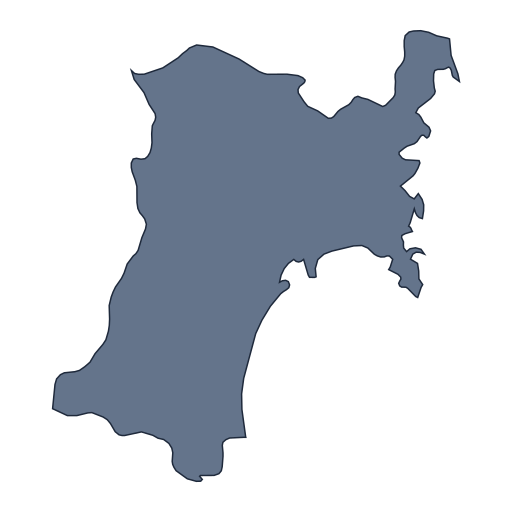 SVG path tracing the border of Miyagi
{"feature_id": "JPN-1866", "entity_name": "Miyagi", "entity_type": "Prefecture", "adm_level": 1, "iso_a3": "JPN", "parent_name": "Japan", "parent_adm1": "", "projection": "albers", "projection_center": [141.11, 38.38], "detail": "fine", "context": "isolated", "style": "filled", "palette": "slate", "viewbox_px": 512, "rotation_deg": 0, "n_neighbors": 0, "source": "natural_earth", "source_scale": "10m", "svg_char_len": 3654}
<svg xmlns="http://www.w3.org/2000/svg" viewBox="0 0 512 512"><path d="M449.5,38.9L449.6,39.8L451.1,55.4L457.9,73.9L459.4,81.5L453.2,77.0L452.3,75.3L451.3,70.3L450.2,68.1L448.7,67.1L447.2,67.7L445.4,68.7L443.3,69.3L437.7,69.4L434.8,70.5L433.7,73.9L433.5,80.8L434.3,87.9L435.2,91.2L434.5,93.8L430.6,98.5L418.3,108.0L415.8,112.7L418.8,114.5L420.8,117.1L423.8,122.8L429.0,127.2L430.6,130.9L428.8,136.5L426.9,138.0L425.4,136.9L423.8,135.3L422.0,135.2L420.6,136.3L417.0,141.6L414.3,143.7L407.1,146.2L404.2,148.1L399.1,152.2L399.1,154.4L402.2,158.2L405.5,159.8L419.1,160.6L419.9,163.0L417.9,168.2L415.0,173.4L413.1,175.8L400.4,186.1L405.0,190.6L409.6,196.4L414.2,198.9L418.3,193.6L422.1,199.4L423.7,204.8L423.6,210.9L422.4,218.6L419.2,217.6L417.0,215.5L415.4,212.5L414.3,208.8L410.2,222.7L408.6,226.2L410.3,227.3L411.0,228.5L411.5,229.8L412.4,231.5L405.1,233.7L401.8,235.5L401.6,237.8L403.5,241.9L403.4,245.1L403.7,248.1L406.6,251.6L409.9,248.8L415.5,247.8L421.0,249.3L424.4,254.1L420.1,252.4L416.1,252.2L412.8,254.1L410.5,259.2L417.5,263.4L418.7,271.0L418.9,278.9L422.7,284.6L421.1,287.4L417.7,297.5L415.7,296.5L407.8,288.4L405.9,287.2L401.6,287.1L399.7,285.9L398.7,283.3L399.7,281.1L400.9,279.1L400.7,277.1L398.0,274.3L388.7,269.6L390.2,267.1L392.7,259.3L389.4,256.0L386.9,255.9L384.3,256.9L380.7,257.0L377.3,255.9L374.3,254.2L367.8,248.0L361.9,245.5L353.6,245.9L331.9,251.1L324.0,254.1L317.8,259.6L315.3,268.4L316.1,276.8L314.6,277.4L309.5,277.3L308.2,275.0L303.6,259.4L301.1,261.3L298.6,262.0L296.1,261.4L293.8,259.4L288.4,263.4L284.2,268.6L281.1,275.1L279.5,282.3L282.3,280.8L285.6,280.3L288.3,281.6L289.6,284.9L288.8,287.7L286.4,289.7L283.5,291.5L280.7,293.7L270.4,306.2L261.9,320.2L255.7,333.6L243.7,378.3L241.6,393.9L241.9,409.4L245.6,436.5L245.8,437.3L243.9,437.3L229.6,438.0L225.8,439.7L222.9,442.3L222.3,445.4L223.0,452.9L223.0,456.3L222.2,466.7L221.3,470.8L218.9,473.7L214.1,475.4L200.4,475.5L199.6,476.3L202.3,479.4L200.7,481.2L196.3,481.3L187.3,478.8L176.1,470.7L174.0,467.4L172.7,464.4L172.2,461.4L172.8,452.8L171.8,448.1L168.9,443.4L163.7,439.5L158.0,438.2L152.9,435.3L141.4,431.9L124.6,435.5L122.0,435.5L119.0,434.8L115.2,431.7L110.5,423.6L107.3,419.7L103.1,417.0L91.9,412.6L87.8,412.9L76.8,415.6L67.4,415.6L52.6,408.7L55.0,384.4L56.6,378.9L60.4,374.7L64.3,372.8L74.9,371.7L79.5,370.4L84.8,366.7L90.0,362.2L95.1,353.6L102.9,344.4L105.9,339.8L108.4,331.3L109.3,325.5L109.6,319.1L109.2,305.5L111.2,297.1L113.1,292.0L115.5,287.0L121.5,278.4L124.1,273.1L127.2,264.0L133.2,256.0L135.9,253.7L138.1,250.4L141.9,237.6L145.5,229.0L146.4,224.2L144.7,218.9L142.4,215.7L139.9,212.8L137.9,208.5L137.0,202.5L136.9,186.5L135.3,180.2L132.2,171.8L131.3,167.5L131.3,163.0L133.2,159.0L136.4,158.3L141.0,159.2L145.0,158.7L147.7,156.4L150.0,152.6L151.3,148.1L152.0,142.8L151.7,133.9L152.3,125.8L153.0,124.3L155.1,120.3L155.7,117.2L155.1,113.6L149.1,104.4L144.0,92.6L134.2,79.5L131.4,70.5L134.6,73.5L138.6,74.3L144.2,74.2L162.8,67.9L178.2,57.8L182.5,53.7L186.9,50.4L189.4,48.0L196.6,45.0L212.9,47.0L239.0,59.0L258.9,71.5L263.6,73.4L267.2,74.3L287.0,74.2L298.0,75.6L302.7,77.7L305.1,80.1L304.8,81.7L303.9,83.0L299.5,86.5L298.0,89.6L298.3,93.0L304.0,101.7L307.7,106.3L317.7,110.9L328.3,118.3L331.4,118.1L333.7,116.6L338.0,111.4L340.7,109.2L348.8,104.7L351.2,102.3L352.9,99.6L354.7,97.5L357.9,96.3L361.8,97.9L367.9,99.4L382.7,106.5L385.6,105.3L393.2,97.6L394.8,95.0L395.3,92.1L395.1,89.0L395.5,81.4L395.1,77.5L395.2,74.2L396.5,70.8L398.5,67.8L400.8,65.2L402.7,62.4L404.0,59.9L404.7,56.2L404.7,52.1L404.2,46.6L404.2,40.6L405.2,35.6L409.1,32.0L413.5,31.0L420.7,30.7L428.7,32.3L436.6,35.8L447.6,38.2L449.5,38.9Z" fill="#64748b" stroke="#1e293b" stroke-width="1.5"/></svg>